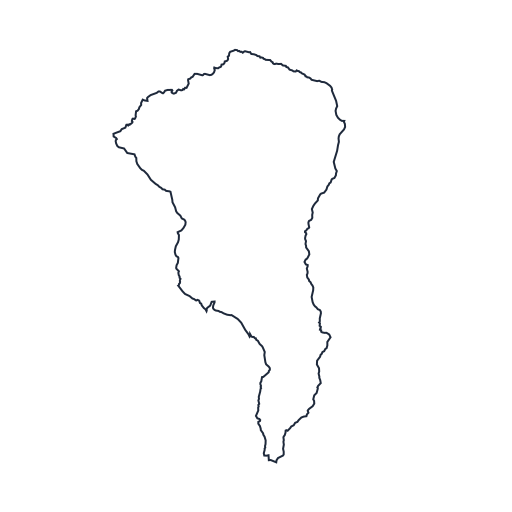 outline of Tuquerres, Nariño, Colombia, rotated 168°
{"feature_id": "7082276B96517824635471", "entity_name": "Tuquerres", "entity_type": "district", "adm_level": 2, "iso_a3": "COL", "parent_name": "Colombia", "parent_adm1": "Nariño", "projection": "mercator", "projection_center": [-77.634, 1.163], "detail": "fine", "context": "isolated", "style": "outline", "palette": "slate", "viewbox_px": 512, "rotation_deg": 168, "n_neighbors": 0, "source": "geoboundaries", "source_scale": "gbopen_adm2", "svg_char_len": 6108}
<svg xmlns="http://www.w3.org/2000/svg" viewBox="0 0 512 512"><g transform="rotate(168 256 256)"><path d="M338.2,243.1L335.2,236.7L333.3,233.6L329.3,230.6L327.0,227.6L325.7,226.9L323.9,225.0L323.4,224.9L322.5,225.3L321.2,224.5L320.8,223.8L320.6,221.7L319.5,220.8L319.3,218.9L317.8,215.9L316.5,214.4L315.9,212.3L315.5,213.0L315.5,214.0L314.5,215.4L311.1,217.0L308.9,220.4L306.0,220.1L306.2,219.2L308.0,216.7L308.8,214.7L308.8,213.5L307.8,211.9L306.6,211.0L304.0,210.0L303.1,209.0L301.4,208.3L299.7,206.7L296.5,204.6L293.3,203.4L292.2,203.3L286.9,198.1L284.3,193.8L281.9,186.0L279.6,180.9L279.0,178.4L278.5,178.9L278.0,180.8L277.2,178.2L276.5,177.6L275.0,177.3L274.2,175.8L273.3,175.5L273.2,174.0L271.8,172.7L270.7,169.2L268.8,166.5L268.4,165.3L267.4,160.3L268.5,157.3L268.9,150.1L268.6,147.9L266.5,145.1L265.9,143.8L265.9,142.6L266.2,141.7L267.3,140.9L267.8,139.6L274.0,136.2L275.3,136.3L276.9,132.3L278.1,131.0L278.4,129.8L278.1,127.8L278.7,127.0L278.5,125.6L279.2,125.0L280.1,122.5L282.6,117.6L282.8,115.6L283.7,114.2L283.6,110.7L284.7,109.8L284.7,108.3L285.4,107.3L285.9,104.4L289.3,99.6L288.4,96.9L286.6,95.9L286.0,94.7L286.4,93.8L288.2,93.3L288.6,91.5L287.5,88.8L287.3,86.1L287.5,84.7L285.9,81.0L286.0,79.7L285.2,77.5L284.9,73.6L285.8,70.0L286.7,68.2L286.8,66.6L287.6,65.9L287.8,64.6L289.4,61.5L289.4,59.1L287.2,58.5L285.2,58.5L285.9,53.6L284.1,53.4L279.1,50.0L278.4,51.9L276.5,53.8L271.1,55.2L270.2,56.1L269.6,58.7L269.6,61.8L268.0,65.7L267.8,68.6L267.1,70.1L266.9,72.8L266.5,73.6L265.2,74.7L263.9,77.0L263.3,79.1L262.5,79.3L261.4,78.5L258.3,80.6L257.0,81.9L254.3,82.6L252.4,84.7L250.0,85.1L248.4,86.6L245.2,88.6L242.7,89.0L240.0,88.8L239.1,90.5L237.3,91.8L237.6,93.9L237.3,94.3L235.9,95.4L231.8,97.3L229.7,99.5L229.3,102.2L229.8,103.9L228.0,107.6L225.2,109.4L223.1,113.5L223.0,114.2L223.3,114.7L222.2,116.1L219.1,118.2L219.0,121.2L219.4,123.7L219.1,124.9L219.2,128.0L218.2,129.9L217.7,133.1L219.0,137.2L218.0,140.9L214.3,144.1L213.3,146.0L212.2,146.5L210.9,148.3L209.1,148.7L207.6,150.6L206.1,151.2L204.8,153.7L204.1,157.1L200.0,161.0L200.7,164.0L203.0,166.2L205.0,166.6L207.1,167.5L208.0,168.4L207.7,169.8L208.8,170.6L208.0,172.1L207.7,172.1L207.3,173.3L208.3,174.5L207.5,176.7L208.1,177.8L207.5,178.1L207.1,179.1L206.6,181.7L204.4,186.5L204.2,188.2L204.8,189.9L206.6,191.1L207.7,193.3L208.7,194.4L209.7,196.5L210.2,199.2L210.1,204.4L207.2,210.6L206.5,213.3L206.9,215.5L207.6,216.7L208.1,219.0L209.2,220.5L209.2,222.0L210.3,224.3L210.2,227.0L209.3,228.1L208.8,229.7L208.9,233.2L207.7,235.0L207.3,236.4L209.0,237.4L209.8,240.1L208.1,242.3L207.1,242.5L205.9,243.5L203.5,246.5L203.3,249.6L205.2,253.9L204.9,255.6L205.1,257.4L204.0,260.2L204.4,262.2L204.3,263.2L203.3,265.6L202.2,266.9L202.2,267.9L203.1,269.1L202.9,270.0L201.6,270.5L200.0,272.0L198.8,272.2L198.0,272.9L198.0,276.6L197.7,278.1L196.8,279.3L194.5,279.9L193.0,281.6L192.5,284.5L191.5,286.7L191.6,290.3L189.4,293.2L187.4,295.1L184.0,297.5L183.4,299.5L180.4,302.9L179.3,303.5L176.2,303.8L173.3,306.3L171.7,309.2L170.0,310.5L169.2,311.8L167.7,312.4L166.1,315.1L165.4,315.6L163.1,316.0L161.1,318.3L160.6,320.0L159.3,322.3L160.2,325.1L160.4,331.9L154.8,342.0L152.7,347.4L151.2,350.4L150.8,353.9L150.1,355.8L148.8,357.7L143.6,361.5L142.0,363.7L141.6,366.7L142.1,369.0L141.6,369.8L143.9,370.3L145.5,371.8L147.1,374.2L148.1,377.3L148.0,381.4L147.0,383.6L145.4,385.7L145.4,391.1L147.3,401.5L147.3,402.4L146.9,402.9L147.1,405.0L148.1,407.0L151.1,410.4L153.0,411.8L155.8,412.7L157.7,414.3L159.8,414.3L165.0,416.8L165.8,418.4L167.1,419.6L168.7,420.1L169.5,421.3L170.2,421.4L170.7,423.3L173.4,425.3L173.8,426.2L175.0,426.8L175.6,427.9L176.9,428.4L177.6,429.1L178.8,428.2L180.9,428.8L182.0,430.0L184.4,431.3L185.6,433.9L187.0,434.5L187.3,435.8L190.1,436.8L191.5,438.7L194.1,439.1L196.3,440.0L197.6,439.8L198.5,440.1L199.4,441.0L199.4,442.0L200.5,443.0L201.4,444.7L205.8,445.9L206.6,446.9L207.6,447.3L207.9,448.3L209.4,449.1L210.5,449.1L211.0,450.6L213.1,451.3L213.8,452.4L216.0,453.7L218.6,454.6L219.4,456.7L220.4,456.7L224.2,458.6L225.2,458.4L226.7,457.6L227.6,458.8L228.9,458.9L229.7,460.0L230.9,460.1L231.7,461.3L233.7,462.0L235.1,461.5L238.8,461.1L240.0,459.9L240.8,457.5L242.2,456.9L242.3,454.5L243.1,453.4L244.0,452.9L246.1,452.8L246.7,451.4L248.0,450.3L249.9,450.4L250.6,448.9L251.2,448.3L252.8,448.1L254.0,447.5L256.4,448.2L257.6,449.0L257.9,448.4L257.7,446.4L258.8,444.5L259.9,443.5L261.8,442.5L263.6,442.5L268.1,444.8L269.1,444.8L270.2,444.0L270.9,443.9L275.7,446.4L278.2,446.9L280.8,444.4L282.2,444.2L283.4,443.2L285.5,443.0L285.9,442.2L286.0,438.6L289.0,434.9L290.4,435.3L291.6,434.0L292.5,434.5L293.3,433.6L294.8,433.6L297.1,434.9L299.0,434.0L300.3,432.3L302.6,431.9L303.9,432.7L304.5,433.6L304.5,434.1L303.4,435.3L303.7,436.0L308.0,436.8L310.6,436.6L311.9,435.2L313.1,434.5L313.6,434.7L315.8,436.9L317.2,437.2L319.2,436.2L325.6,435.3L328.7,433.9L329.7,433.1L329.9,430.3L332.8,431.4L334.3,432.5L336.6,429.5L336.9,427.6L339.2,425.7L340.0,424.1L341.7,422.7L343.2,422.5L344.5,418.7L344.5,417.4L345.8,415.5L346.5,415.3L347.8,416.0L348.5,415.6L349.4,413.8L348.9,412.8L349.3,412.2L350.8,411.3L352.1,411.2L352.4,410.6L353.4,411.0L354.0,410.3L354.8,411.3L355.5,411.3L357.1,408.7L361.0,408.0L362.7,406.3L370.0,405.2L370.4,402.5L368.3,400.5L367.8,399.3L369.0,398.5L369.4,397.4L369.4,395.2L368.8,392.5L367.6,390.9L362.7,388.6L360.5,383.5L353.7,380.7L353.4,378.2L352.7,376.8L353.3,373.6L353.0,370.7L351.0,366.0L349.7,364.0L348.0,362.7L345.2,358.3L343.0,352.4L339.2,347.4L337.3,345.6L336.2,343.8L334.5,342.3L333.6,340.7L331.5,339.9L330.4,338.4L327.1,337.2L326.3,336.6L326.2,328.3L326.5,325.9L325.0,320.5L324.8,316.3L324.1,314.5L321.6,311.2L320.8,308.2L318.5,306.4L317.9,304.8L317.8,303.7L318.6,301.3L321.1,298.5L323.7,296.5L327.7,295.6L327.7,294.3L327.1,293.0L327.1,292.2L328.1,288.2L329.4,285.7L332.4,282.2L334.0,278.7L334.6,276.8L334.5,274.0L333.9,272.3L332.6,271.3L332.3,270.1L333.9,265.5L335.6,263.5L336.6,260.9L336.5,260.1L334.6,257.1L335.4,255.8L335.5,254.8L335.5,253.2L335.0,251.9L335.3,250.6L334.6,249.3L335.3,248.5L335.7,247.4L335.6,246.5L336.2,245.2L337.0,244.8L337.7,243.2L338.2,243.1Z" fill="none" stroke="#1e293b" stroke-width="2"/></g></svg>